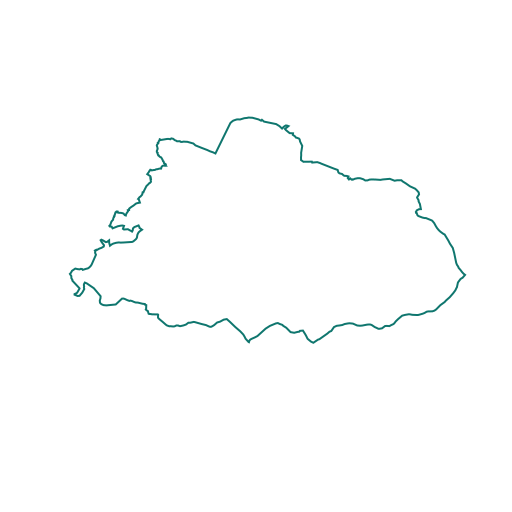 the district of Magura Ilvei, Bistrita-Nasaud, Romania, rotated 323°
{"feature_id": "2599482B90695953081528", "entity_name": "Magura Ilvei", "entity_type": "district", "adm_level": 2, "iso_a3": "ROU", "parent_name": "Romania", "parent_adm1": "Bistrita-Nasaud", "projection": "mercator", "projection_center": [24.803, 47.362], "detail": "fine", "context": "isolated", "style": "outline", "palette": "teal", "viewbox_px": 512, "rotation_deg": 323, "n_neighbors": 0, "source": "geoboundaries", "source_scale": "gbopen_adm2", "svg_char_len": 6149}
<svg xmlns="http://www.w3.org/2000/svg" viewBox="0 0 512 512"><g transform="rotate(323 256 256)"><path d="M411.6,396.9L411.1,395.0L410.9,393.0L410.9,390.0L410.7,387.4L411.1,386.1L411.2,383.9L411.8,381.9L416.1,372.8L418.0,368.0L418.3,362.9L418.9,359.4L419.6,352.3L419.0,351.2L418.2,348.6L417.8,347.1L417.5,345.1L417.4,342.7L417.6,340.3L418.1,337.0L418.0,334.3L417.8,333.4L414.5,327.9L413.5,327.2L412.0,325.4L409.7,321.7L409.5,320.6L410.2,318.3L409.8,317.9L410.2,317.0L411.0,316.8L411.8,316.3L414.3,316.7L415.9,317.8L418.2,313.1L418.7,310.3L419.4,309.3L419.8,306.3L420.2,306.0L423.3,304.9L424.2,303.1L424.0,300.3L423.6,298.0L420.9,293.0L419.4,288.3L418.0,284.7L417.7,283.0L414.2,280.4L412.0,279.3L409.3,274.9L403.2,271.1L401.2,270.1L397.5,266.9L394.5,264.5L392.6,263.3L390.5,262.7L388.7,261.4L387.9,259.3L386.0,256.6L384.1,255.1L381.4,253.8L379.2,253.3L379.0,252.7L378.3,252.5L377.9,250.6L376.3,250.8L376.2,248.9L377.7,248.1L376.6,246.6L375.1,245.4L374.5,244.5L374.1,242.3L372.4,240.2L372.1,238.9L373.0,236.4L370.7,232.9L363.7,221.5L363.2,220.5L361.4,217.9L357.1,215.2L357.4,214.3L350.6,209.3L349.7,206.5L351.4,204.2L352.6,202.9L354.2,200.7L359.2,195.9L360.1,191.1L361.0,189.2L361.0,188.1L359.8,186.2L359.2,185.6L359.1,183.7L358.3,181.4L359.4,180.3L356.8,178.1L355.7,173.6L355.6,171.9L358.4,171.9L360.1,171.8L359.4,170.7L358.4,169.7L356.8,169.5L355.1,169.6L353.5,169.9L352.9,166.4L351.5,162.8L343.3,153.5L342.7,150.8L341.5,151.0L340.2,148.4L336.3,143.4L333.3,140.9L331.9,140.3L329.6,138.9L325.5,137.4L323.1,135.5L321.8,135.0L319.3,134.2L317.2,134.2L315.5,134.4L285.3,149.7L284.1,147.4L282.2,144.6L280.9,142.1L277.7,137.0L274.2,131.2L273.7,128.5L269.9,123.5L266.9,121.0L265.4,120.3L264.4,119.3L264.3,118.5L262.0,116.9L261.7,116.0L260.8,114.5L260.4,112.6L259.1,111.1L257.8,111.2L257.0,110.2L255.6,109.1L249.3,105.8L249.6,105.2L249.4,104.9L249.0,105.3L248.5,105.4L248.3,105.7L247.4,105.8L247.0,106.1L246.0,107.0L245.6,106.7L245.3,107.2L243.9,107.6L243.3,108.0L242.5,110.2L242.2,110.5L242.0,111.2L239.9,112.5L239.4,113.3L239.6,114.3L239.1,114.6L238.9,115.2L238.9,115.7L238.6,116.2L238.5,116.9L238.9,117.3L238.7,118.0L239.0,119.2L239.6,120.2L239.3,122.8L238.8,124.4L239.1,124.9L238.4,126.6L239.1,128.1L239.1,128.6L238.4,129.0L238.4,129.7L237.5,129.1L237.3,128.5L235.7,127.8L234.5,127.9L233.6,128.4L232.8,129.1L231.5,128.1L229.2,127.2L228.5,126.7L227.0,126.4L226.1,125.8L224.7,125.1L223.9,124.6L224.0,124.1L223.5,123.5L222.1,123.9L220.8,124.5L218.4,125.2L219.6,128.6L219.5,129.2L219.2,129.9L218.6,131.0L218.3,130.6L216.8,133.5L215.3,133.8L214.7,133.6L213.2,133.9L210.6,134.2L205.7,136.6L204.4,137.4L203.8,136.9L202.0,138.5L199.5,139.0L198.5,138.9L196.2,139.5L196.5,140.2L195.4,143.5L192.7,142.2L191.6,141.9L188.6,142.0L186.0,141.8L183.7,141.8L183.1,141.9L182.3,143.0L181.9,142.9L181.2,142.3L180.6,143.3L178.1,144.1L177.1,144.7L176.4,145.3L175.8,144.4L175.8,143.3L175.7,142.3L175.1,141.4L174.1,140.3L172.5,139.0L171.4,137.7L172.2,137.2L171.8,136.7L171.3,136.5L170.0,136.6L168.9,137.4L168.2,138.0L167.6,138.2L167.2,138.9L166.4,138.8L166.0,139.5L165.4,139.6L164.7,140.0L163.7,141.0L161.3,141.5L158.4,143.4L157.0,143.7L157.0,144.5L158.4,145.7L158.1,147.6L163.6,149.1L166.3,150.4L167.7,151.3L168.7,152.5L166.1,154.2L166.5,155.4L169.8,157.5L170.8,159.8L171.3,160.7L171.7,161.9L172.9,161.4L174.4,159.9L176.3,159.7L180.6,160.9L180.3,162.5L179.9,163.5L180.8,166.4L178.6,166.3L176.8,166.4L175.4,166.9L174.0,167.7L171.9,169.7L170.3,170.3L166.8,170.5L165.5,170.2L158.2,165.4L155.9,163.8L154.6,162.6L152.3,161.3L149.5,160.2L147.8,159.9L145.6,159.9L145.9,159.2L146.1,158.5L146.8,156.9L148.1,155.1L145.5,155.1L144.4,154.5L143.2,151.5L142.3,149.9L141.4,149.9L141.1,152.1L141.1,155.9L140.1,156.8L137.5,156.5L135.3,155.8L132.3,155.4L132.2,154.9L130.6,154.7L130.5,155.5L129.4,156.6L128.9,158.7L119.6,163.9L117.9,164.5L115.9,164.8L114.2,164.7L112.9,164.1L109.3,162.8L109.3,161.8L108.3,160.8L107.2,160.6L105.6,159.1L104.1,157.3L100.2,157.1L97.9,158.1L96.6,158.3L96.4,160.9L95.2,162.6L95.0,164.6L94.5,165.2L95.6,175.5L95.5,175.8L91.0,177.7L89.3,177.5L88.2,177.2L87.8,177.7L89.5,180.6L91.1,181.6L95.2,180.7L99.0,179.0L99.4,177.8L100.4,176.9L100.9,175.8L101.6,175.0L103.3,174.2L104.4,176.1L107.1,184.1L107.7,194.6L106.3,196.2L104.4,197.6L103.3,199.4L103.3,200.5L103.6,201.6L104.6,203.4L106.8,205.4L114.8,210.3L123.4,209.4L124.5,210.2L125.2,211.1L126.7,213.9L127.9,215.7L128.9,216.1L130.1,217.7L130.6,218.7L131.8,220.6L133.6,222.1L136.6,225.8L138.3,227.4L138.0,227.9L138.8,229.2L136.4,232.1L135.8,232.4L136.0,233.7L136.5,234.9L135.5,237.5L135.9,238.1L137.2,239.2L137.8,240.0L142.4,243.5L142.5,244.0L140.8,246.0L140.6,246.9L140.9,248.6L141.8,252.4L142.7,256.7L143.1,257.9L144.5,260.0L145.2,260.4L147.4,262.4L148.3,263.0L148.8,263.2L150.3,263.5L151.0,263.8L152.2,264.9L152.6,265.8L153.4,266.5L156.3,267.8L158.8,268.6L161.8,268.6L163.5,269.8L166.5,271.1L167.3,271.9L171.7,277.7L174.5,281.1L176.0,283.9L176.7,284.9L177.5,285.5L178.9,285.8L181.0,286.0L184.9,285.7L187.8,286.8L191.9,287.4L194.7,288.8L195.5,292.7L196.7,300.2L198.1,306.7L198.6,311.1L198.3,313.7L197.9,315.8L198.3,320.2L198.5,320.6L199.8,319.6L201.2,319.3L203.0,319.6L206.0,320.3L209.0,320.8L220.0,319.8L225.1,320.2L231.3,321.8L233.1,322.7L234.0,324.5L235.6,326.9L235.7,328.1L237.0,331.5L237.8,337.6L240.3,340.3L243.4,341.6L245.1,342.5L246.0,342.2L248.6,343.8L248.2,348.5L247.8,351.1L247.6,351.8L247.4,353.3L248.4,357.5L249.6,359.8L255.2,360.1L256.5,360.6L266.3,360.9L269.1,360.7L271.0,361.2L275.5,359.7L278.4,360.3L281.0,361.8L283.3,363.0L285.9,363.7L288.7,365.1L290.2,366.0L292.7,368.3L295.0,372.4L297.1,374.3L299.0,375.5L303.5,377.7L305.2,378.8L306.2,379.7L306.9,380.8L308.1,384.3L308.9,385.7L309.9,387.7L310.6,388.3L313.1,389.6L316.9,389.6L318.2,390.4L320.4,392.3L322.1,392.5L324.9,393.1L326.2,392.9L328.3,392.3L331.6,391.9L336.8,391.6L339.5,392.7L343.0,394.5L344.0,395.4L345.4,397.0L348.9,399.9L350.2,400.8L354.4,402.4L356.2,402.9L358.8,403.2L360.2,403.9L363.5,406.3L365.6,407.0L367.6,407.1L373.7,406.2L378.9,406.3L380.9,405.9L385.9,405.5L391.1,404.4L394.5,403.4L396.8,402.2L397.6,401.9L401.2,398.8L401.9,398.5L405.4,397.5L406.6,397.5L407.8,397.7L411.6,396.9Z" fill="none" stroke="#0f766e" stroke-width="2"/></g></svg>